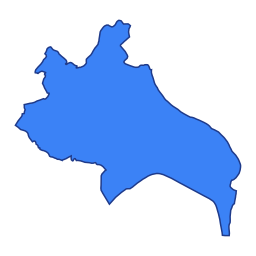 Viet Tri, Phú Thọ, Vietnam (Robinson projection)
{"feature_id": "81297802B93284854578765", "entity_name": "Viet Tri", "entity_type": "district", "adm_level": 2, "iso_a3": "VNM", "parent_name": "Vietnam", "parent_adm1": "Phú Thọ", "projection": "robinson", "projection_center": [105.368, 21.333], "detail": "fine", "context": "isolated", "style": "filled", "palette": "blue", "viewbox_px": 256, "rotation_deg": 0, "n_neighbors": 0, "source": "geoboundaries", "source_scale": "gbopen_adm2", "svg_char_len": 4931}
<svg xmlns="http://www.w3.org/2000/svg" viewBox="0 0 256 256"><path d="M222.4,235.3L225.2,235.6L229.2,235.6L229.4,233.3L229.3,231.7L229.0,228.9L228.9,226.4L229.1,225.0L229.3,224.2L229.9,223.0L230.1,222.4L230.2,220.5L230.1,216.6L230.3,214.7L230.6,211.8L230.7,210.5L230.9,209.8L231.8,207.7L232.4,205.8L233.4,204.3L234.4,203.7L234.4,203.3L234.6,201.9L235.3,198.2L235.5,197.2L235.7,195.2L235.9,194.5L236.1,193.2L236.1,192.2L236.2,191.5L236.3,190.8L235.7,190.6L234.6,190.2L233.6,189.8L232.8,189.3L232.0,188.6L231.2,187.9L230.7,187.4L230.4,186.9L230.2,186.6L230.1,186.3L230.1,186.0L230.1,185.7L230.2,184.8L230.6,183.6L230.7,183.1L230.9,181.7L231.3,181.0L231.7,180.2L231.9,180.2L232.2,180.2L233.8,179.5L235.9,177.8L237.7,175.4L239.1,173.3L240.1,170.1L240.5,167.5L240.6,165.8L240.4,164.4L238.9,160.5L238.0,158.7L235.7,155.2L232.0,151.3L230.9,148.9L229.8,146.9L229.3,145.7L229.1,145.1L227.4,141.9L224.5,138.1L223.6,137.1L221.2,134.8L218.5,132.0L214.6,129.9L211.6,128.6L210.2,127.0L209.7,126.3L208.4,125.1L206.5,123.8L203.7,122.3L199.0,120.1L196.7,119.2L193.9,117.9L192.9,117.6L191.8,117.3L190.4,117.2L188.0,116.0L183.8,113.7L180.8,111.9L177.9,109.4L174.3,107.1L172.9,106.2L171.1,104.8L169.6,103.4L167.5,101.4L165.7,100.0L164.4,98.4L163.4,96.8L162.2,95.1L161.1,93.7L159.6,91.8L158.2,89.8L157.2,87.5L156.6,86.8L155.1,84.4L154.4,82.7L153.7,80.2L153.0,77.8L152.7,76.9L152.3,75.9L151.7,73.9L151.4,72.6L151.4,71.0L151.5,69.8L151.0,70.0L149.8,68.9L149.1,66.8L148.4,65.5L147.7,64.8L146.5,64.7L145.9,64.7L144.7,64.8L143.6,65.3L141.7,65.2L140.7,65.3L140.1,65.6L138.7,67.0L137.1,67.3L135.2,67.3L133.6,66.9L129.6,65.5L127.1,64.5L125.3,63.8L124.1,62.6L123.9,61.8L124.6,60.6L127.1,58.3L127.7,56.5L127.3,55.2L125.2,51.5L120.4,45.9L120.6,44.8L122.8,42.9L124.3,41.4L126.0,40.0L127.4,38.7L129.5,36.9L128.9,34.1L128.6,32.2L128.6,31.5L128.9,29.5L129.0,28.7L129.8,27.3L130.4,25.7L128.4,24.0L127.5,23.9L123.5,24.0L122.3,22.4L121.2,20.9L119.6,20.4L118.5,20.4L117.0,21.6L116.3,22.7L115.4,24.5L114.5,25.5L112.9,26.7L111.7,26.9L109.3,25.8L108.3,25.1L106.6,25.1L104.8,25.9L103.8,26.7L102.7,28.0L100.9,30.5L100.2,31.9L99.7,35.3L99.1,39.1L98.9,41.2L98.5,42.1L98.0,44.4L95.9,47.0L95.0,48.0L93.2,50.9L92.0,53.2L90.8,55.0L88.1,57.4L86.4,59.2L86.3,59.8L86.3,62.2L86.4,62.7L86.3,63.2L85.4,64.4L83.7,66.0L80.4,67.4L79.4,67.3L77.9,67.8L76.4,67.9L76.3,67.4L76.6,66.9L77.0,66.4L76.9,65.9L75.3,65.5L74.1,64.8L72.5,63.4L71.3,62.7L70.4,62.5L69.6,62.7L67.6,63.6L66.6,64.4L66.0,64.4L65.7,64.1L65.6,63.8L66.5,62.9L66.7,62.2L66.6,61.2L66.0,60.1L64.2,58.4L61.6,56.3L58.9,53.8L58.5,52.7L57.9,51.9L57.2,51.3L54.3,50.3L53.1,49.7L52.1,48.6L51.4,47.6L50.7,46.9L49.2,47.2L47.9,48.0L47.0,49.0L46.8,49.9L46.2,51.6L45.3,53.1L44.9,53.8L46.0,54.7L46.4,56.5L45.6,57.8L43.6,59.7L42.6,61.8L40.8,64.2L38.0,67.1L35.7,69.9L35.2,71.6L35.2,72.7L36.0,72.9L37.4,73.0L37.8,73.4L37.7,74.1L37.8,73.6L39.2,72.4L40.6,71.6L41.9,71.2L43.0,71.5L45.6,72.5L45.5,73.0L44.7,73.6L44.6,74.7L45.4,75.1L45.4,76.0L45.2,77.0L44.1,78.5L43.7,79.1L43.4,80.3L42.5,83.3L43.8,85.9L44.5,87.8L46.3,91.0L46.9,92.1L47.1,92.8L47.7,93.1L49.0,93.2L49.1,93.9L47.8,96.6L47.1,97.3L46.6,97.9L45.7,98.8L44.8,99.1L43.5,98.7L39.5,100.2L37.0,101.0L34.6,102.3L32.2,103.0L30.0,103.3L25.7,104.3L24.2,104.6L24.3,106.2L24.3,107.7L24.7,108.8L25.1,109.5L25.1,109.9L24.6,111.1L24.3,112.4L24.3,113.3L24.1,113.6L22.9,113.7L22.2,113.9L22.2,114.1L22.1,115.4L21.7,116.4L18.2,120.8L15.4,125.3L18.2,127.3L20.6,129.5L23.4,130.3L25.4,131.0L26.8,132.0L27.9,133.3L28.5,135.8L29.3,137.6L32.0,141.2L32.5,141.8L32.9,141.6L33.7,141.1L34.7,141.1L35.4,141.6L35.8,142.6L36.0,143.5L36.2,144.3L37.3,144.9L37.9,145.5L38.1,146.6L38.5,147.8L38.8,147.9L39.6,147.7L40.0,148.3L39.9,149.0L40.1,149.4L40.5,149.6L42.4,150.4L43.7,150.6L46.0,151.6L47.2,152.4L48.3,153.4L49.0,154.7L49.6,156.2L50.4,156.6L51.0,156.9L52.4,157.0L54.2,157.8L55.3,158.3L55.8,158.3L56.4,158.6L57.2,159.2L57.9,159.3L59.1,159.3L62.1,160.4L62.1,160.2L66.0,158.7L68.8,157.1L71.2,155.9L71.1,157.5L71.2,158.8L71.4,159.9L71.7,160.1L72.3,160.7L72.8,160.9L73.3,160.4L74.1,158.9L74.6,158.6L75.2,158.7L75.7,159.5L76.0,159.8L76.3,160.5L77.0,160.5L77.6,160.4L80.3,160.8L81.1,161.0L85.0,162.3L89.4,162.7L91.6,163.2L93.2,163.2L94.8,162.7L95.3,162.6L95.8,162.9L96.4,164.0L97.1,164.5L98.1,164.6L99.2,164.6L101.1,165.2L103.1,166.7L104.5,168.3L105.1,169.0L106.0,170.0L105.1,170.6L101.9,174.1L101.2,175.9L101.2,177.4L101.1,184.9L100.9,188.3L101.2,190.5L101.6,191.0L102.7,193.1L109.4,204.2L115.6,197.3L121.5,192.3L126.4,188.8L130.0,188.7L132.7,186.9L133.6,186.1L135.1,184.9L137.4,183.0L140.2,181.1L143.0,179.1L145.3,177.8L148.0,176.1L150.4,175.0L152.1,174.4L153.4,174.1L154.4,173.9L156.4,173.5L158.0,173.5L160.0,173.7L163.3,174.6L171.5,178.3L177.5,181.6L180.2,183.1L182.9,184.5L185.1,185.7L204.7,196.2L205.3,196.5L209.3,198.6L210.6,199.5L212.9,201.0L214.2,202.4L215.8,205.1L216.8,207.9L218.0,212.2L218.4,213.4L219.8,219.4L220.3,222.7L220.5,224.0L222.1,232.5L222.4,235.3Z" fill="#3b82f6" stroke="#1e3a8a" stroke-width="1.5"/></svg>